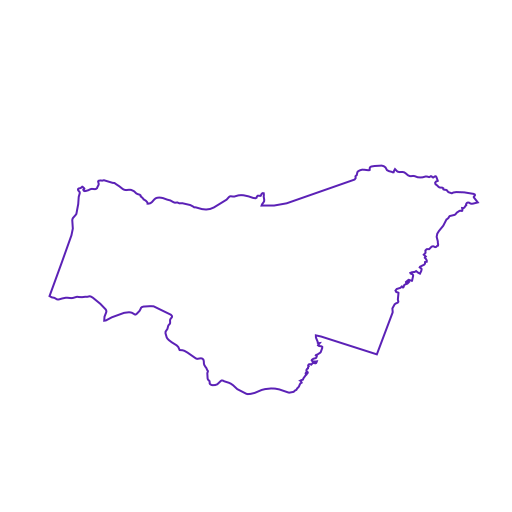 SVG path tracing the border of Est, rotated 290°
{"feature_id": "CMR-1481", "entity_name": "Est", "entity_type": "Province", "adm_level": 1, "iso_a3": "CMR", "parent_name": "Cameroon", "parent_adm1": "", "projection": "natural_earth1", "projection_center": [14.383, 3.885], "detail": "fine", "context": "isolated", "style": "outline", "palette": "violet", "viewbox_px": 512, "rotation_deg": 290, "n_neighbors": 0, "source": "natural_earth", "source_scale": "10m", "svg_char_len": 6108}
<svg xmlns="http://www.w3.org/2000/svg" viewBox="0 0 512 512"><g transform="rotate(290 256 256)"><path d="M390.3,395.6L392.0,396.9L392.4,397.6L391.8,398.6L388.8,401.1L387.4,399.6L386.0,399.3L384.8,400.2L384.3,402.0L383.4,403.9L383.2,404.9L383.4,406.0L383.9,407.5L383.7,408.8L383.0,409.0L382.7,409.3L382.7,410.2L383.1,411.9L383.1,412.7L382.0,414.5L381.8,415.3L381.9,418.5L382.2,418.9L382.6,419.2L383.2,419.8L384.6,422.4L387.0,429.8L388.8,439.3L388.6,440.6L387.8,441.0L386.2,440.4L385.6,440.6L382.2,446.1L379.3,441.8L378.7,440.3L378.7,439.4L379.0,437.8L378.7,436.8L378.1,436.1L377.3,435.8L376.4,435.7L375.7,436.2L374.4,435.6L373.0,435.3L371.9,434.6L371.6,433.3L369.9,434.2L369.0,434.3L368.6,433.6L368.4,432.3L367.9,431.7L365.5,429.9L363.5,429.2L362.6,428.6L359.8,424.4L359.2,424.1L357.5,423.8L356.6,423.3L355.8,422.8L355.5,422.5L348.5,421.6L342.2,419.4L339.0,418.7L335.8,419.2L332.0,421.8L330.5,422.4L329.2,423.2L328.3,423.4L328.3,423.2L326.2,422.2L325.7,421.5L325.6,421.1L325.8,419.5L325.6,418.9L325.2,418.2L324.6,417.7L321.7,416.4L321.0,414.5L320.7,414.0L319.1,413.3L317.0,414.2L314.6,413.2L313.6,415.7L312.6,415.2L312.1,415.2L311.4,416.6L310.2,418.0L309.0,418.4L308.1,416.9L306.7,417.4L305.5,417.1L302.0,413.8L301.3,413.7L300.7,415.8L300.0,416.2L298.4,416.4L295.5,416.1L295.8,414.0L296.6,411.6L295.2,410.5L294.9,409.7L294.0,408.0L292.9,406.8L292.4,407.3L292.3,409.4L291.7,410.2L290.7,410.5L286.1,411.1L285.9,410.7L285.9,408.2L284.1,408.5L283.4,408.2L283.8,408.0L284.9,407.0L282.9,405.8L282.4,406.1L282.9,408.2L281.8,407.7L280.3,405.9L279.3,405.2L277.4,405.3L276.7,404.9L277.3,403.5L275.5,402.6L273.1,399.5L271.2,398.9L270.1,400.2L270.3,401.7L270.1,402.5L263.6,404.2L261.7,405.4L260.6,405.1L259.2,403.6L258.0,402.8L253.4,402.1L250.1,403.6L249.5,403.7L204.9,403.2L202.6,344.7L201.9,339.4L200.1,340.1L199.3,340.7L196.5,343.3L195.4,343.8L195.3,344.3L196.0,345.7L195.0,345.4L194.0,344.9L193.3,344.8L193.0,346.0L193.5,348.3L193.3,349.3L192.2,349.7L187.9,349.7L187.1,349.4L184.4,347.4L183.7,346.4L183.2,346.2L182.9,347.1L182.7,347.4L181.1,347.4L180.5,347.1L179.1,345.1L177.7,344.1L177.0,344.0L176.3,345.1L176.4,345.7L177.3,348.3L177.8,349.2L176.8,349.2L176.0,349.1L175.5,348.6L175.1,346.5L174.6,345.8L172.8,345.1L172.9,343.8L172.2,342.7L171.1,342.4L170.3,343.3L169.2,342.9L168.2,343.3L167.3,342.6L166.2,342.4L165.1,342.7L164.5,344.3L164.0,344.6L163.4,344.4L163.0,342.8L162.6,342.8L162.0,343.3L161.7,343.9L160.7,343.4L157.3,342.4L155.9,342.4L154.7,340.9L154.1,340.4L154.1,340.7L152.6,342.2L151.6,341.4L150.5,341.1L148.1,341.0L147.1,340.7L145.7,340.0L144.0,339.7L143.0,338.7L141.2,337.8L139.0,334.1L138.8,333.1L138.6,323.5L137.9,319.2L136.7,315.5L134.0,310.0L132.1,307.2L126.9,301.6L124.6,298.1L123.4,295.5L123.2,294.1L124.5,283.9L126.7,278.7L127.4,276.1L127.6,273.9L127.4,269.0L127.6,267.4L127.3,266.3L126.6,265.7L122.2,263.5L120.8,261.8L119.8,259.5L119.6,258.4L119.7,257.4L120.0,256.5L120.5,256.0L120.7,255.9L121.2,255.8L122.5,255.1L123.5,253.1L124.4,252.4L129.3,250.3L131.0,250.3L131.5,250.1L132.2,249.1L133.8,247.6L134.6,246.3L136.0,244.6L137.0,243.9L138.9,243.1L140.3,242.3L140.9,241.5L141.2,240.5L141.1,239.6L140.9,238.9L139.2,235.9L139.2,234.5L141.8,224.7L142.4,221.2L142.3,219.2L141.5,216.4L143.9,214.1L144.9,212.0L146.1,206.3L147.2,202.8L148.1,201.0L149.0,199.9L152.4,197.4L153.3,197.1L154.1,196.9L157.2,197.7L160.2,197.4L161.1,197.5L162.8,198.2L163.7,198.2L166.3,197.2L167.1,197.1L168.0,197.3L169.6,197.9L170.4,197.8L171.0,197.4L171.7,196.1L173.7,177.0L172.7,173.8L170.0,167.6L168.9,166.2L168.0,165.7L166.3,165.6L164.5,165.3L160.7,163.6L159.8,162.9L159.6,162.1L160.2,159.0L160.1,157.6L159.7,155.9L158.3,153.1L157.4,151.4L149.1,141.5L144.1,137.0L143.3,135.5L147.1,134.4L151.7,134.5L152.9,134.3L153.8,133.7L154.4,133.0L157.8,126.1L161.0,117.0L161.4,114.8L161.3,113.5L160.0,111.5L159.3,109.5L157.8,106.6L156.8,103.4L156.6,102.2L156.3,101.5L154.1,98.5L153.6,97.6L153.2,96.7L152.2,92.8L151.7,91.5L149.8,88.4L147.9,85.8L147.4,84.9L147.2,83.7L147.7,80.9L147.3,78.2L147.7,75.7L183.4,75.7L212.3,75.5L219.1,74.5L226.8,71.1L227.9,70.9L229.1,71.0L232.7,72.4L234.1,72.8L243.9,71.2L250.9,69.2L254.7,68.9L255.7,68.5L256.8,66.6L257.3,66.1L258.0,65.9L258.7,66.2L259.9,68.0L261.7,69.0L261.7,69.4L260.9,71.3L260.6,71.7L260.2,71.7L259.4,71.0L259.1,71.1L258.5,71.8L258.3,72.4L258.5,73.1L259.1,74.1L260.5,76.0L261.6,77.0L262.7,78.3L263.2,79.7L263.5,81.1L264.1,82.5L265.3,83.4L266.5,83.4L268.9,83.7L269.9,83.6L271.9,82.2L272.8,82.3L273.8,84.0L274.2,85.7L275.2,87.2L275.7,96.3L276.2,98.1L275.8,99.3L274.7,103.9L273.4,107.8L273.2,109.1L273.3,110.6L273.7,111.8L274.7,113.8L275.2,115.1L275.4,116.2L275.2,118.8L275.0,119.6L273.9,122.0L273.7,123.5L273.8,125.9L273.4,126.9L272.5,127.3L272.4,127.9L271.8,129.4L271.1,130.7L270.7,131.0L270.6,132.1L270.2,133.7L269.5,135.1L268.7,136.0L268.1,136.2L268.4,137.1L269.5,138.7L271.1,139.8L274.2,141.0L275.8,141.9L276.9,143.2L277.8,145.0L278.3,146.9L278.6,148.9L278.6,153.2L278.9,156.5L278.4,159.6L278.3,161.2L278.6,162.2L279.4,163.7L279.3,166.0L280.4,168.7L281.4,176.8L281.0,179.8L280.6,181.3L281.1,182.7L281.6,189.2L282.6,193.2L284.5,196.8L287.2,199.8L298.9,209.1L302.1,210.4L303.0,211.0L303.5,211.8L304.0,214.0L304.4,215.2L307.0,218.8L308.1,221.2L308.8,223.5L309.5,228.7L309.6,233.5L310.1,235.8L311.0,236.6L312.1,236.5L313.2,237.0L313.7,238.2L313.9,239.4L314.3,239.9L315.4,239.9L316.5,240.1L317.4,240.8L317.6,241.8L316.1,242.5L314.5,242.9L311.6,244.5L310.2,244.9L309.0,244.7L306.6,244.0L305.3,244.0L309.7,255.9L316.0,266.8L361.3,322.2L361.8,322.6L363.3,323.0L364.9,322.2L365.3,322.3L366.4,323.0L369.5,322.6L370.7,323.1L372.2,324.5L373.4,326.2L374.0,327.9L375.0,332.2L375.4,333.1L375.7,333.4L377.5,332.8L378.2,332.8L379.0,333.2L379.6,333.9L381.1,336.6L383.9,343.1L384.1,345.3L383.5,347.4L381.5,349.7L381.2,351.9L381.5,354.8L381.4,356.0L381.7,356.7L383.4,356.6L385.2,356.9L384.0,359.3L383.7,360.3L383.9,362.0L385.1,365.0L385.3,366.7L384.9,368.3L383.8,371.3L383.7,373.2L384.0,374.3L385.0,376.3L385.3,377.8L385.3,381.0L386.0,383.5L386.9,385.6L388.8,388.3L389.2,389.8L389.3,391.5L389.5,392.0L390.8,393.0L390.9,393.7L390.4,394.8L390.3,395.6Z" fill="none" stroke="#5b21b6" stroke-width="2"/></g></svg>